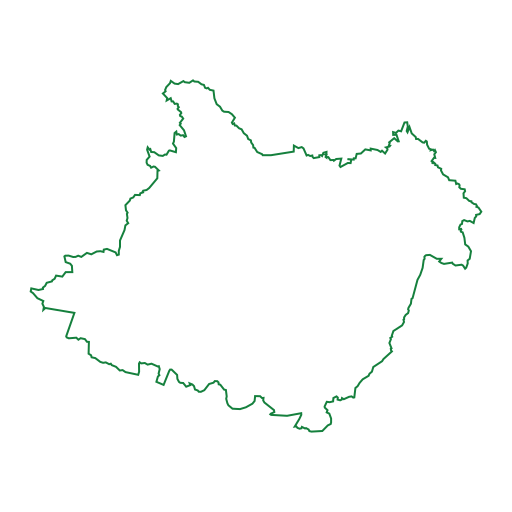 the district of Jalpa, Zacatecas, Mexico
{"feature_id": "50627088B74284506358028", "entity_name": "Jalpa", "entity_type": "district", "adm_level": 2, "iso_a3": "MEX", "parent_name": "Mexico", "parent_adm1": "Zacatecas", "projection": "albers", "projection_center": [-103.014, 21.631], "detail": "fine", "context": "isolated", "style": "outline", "palette": "green", "viewbox_px": 512, "rotation_deg": 0, "n_neighbors": 0, "source": "geoboundaries", "source_scale": "gbopen_adm2", "svg_char_len": 6055}
<svg xmlns="http://www.w3.org/2000/svg" viewBox="0 0 512 512"><path d="M478.5,207.6L476.5,206.8L477.0,206.1L476.0,204.3L474.1,204.0L471.5,202.3L471.4,201.3L469.3,201.0L466.4,198.2L463.8,197.7L463.5,193.3L465.1,191.2L464.7,189.3L460.9,188.8L459.3,187.3L459.6,185.2L459.0,184.2L457.4,183.5L456.2,184.0L455.4,180.7L449.2,180.2L448.0,177.3L443.1,174.4L441.0,170.5L441.2,168.8L438.0,167.3L437.5,165.5L435.2,165.0L435.3,163.8L433.6,162.3L433.0,163.2L432.4,162.9L432.7,162.0L431.6,161.1L434.0,157.8L435.2,157.9L434.3,154.3L435.9,152.2L434.9,150.0L434.0,151.0L433.0,149.6L430.8,150.2L431.1,149.4L429.1,148.7L427.1,144.7L426.8,141.5L425.8,140.8L424.2,142.7L422.6,142.4L418.0,138.9L416.1,139.0L415.7,137.0L411.7,133.4L409.5,127.0L407.5,132.3L406.7,131.0L407.8,126.5L407.2,122.3L404.5,122.5L401.1,131.3L398.4,130.6L396.0,132.9L393.1,132.1L393.2,134.9L396.5,134.8L398.7,141.3L397.8,141.4L394.2,138.2L389.2,142.3L389.7,143.0L388.8,145.7L390.0,145.8L389.5,146.5L386.0,147.4L387.3,148.4L387.5,149.7L385.1,153.5L382.0,150.7L380.7,151.9L377.5,150.0L370.7,148.6L370.7,150.4L365.3,149.4L360.9,153.5L356.7,153.9L355.6,158.3L353.8,158.3L353.7,159.6L347.4,159.1L351.3,159.6L350.6,163.1L347.8,163.0L340.5,167.0L339.5,165.6L341.3,158.6L336.2,159.0L333.9,160.7L333.5,160.0L330.4,160.1L328.3,157.1L326.4,157.0L326.4,157.6L325.6,157.0L326.5,154.7L325.6,154.5L326.4,154.1L326.5,151.9L323.4,152.8L322.1,156.0L321.0,155.1L319.3,155.3L319.3,157.1L313.7,158.1L312.5,156.8L312.3,155.5L310.2,156.0L308.1,154.9L306.6,155.5L303.5,148.4L301.7,147.1L298.4,148.1L293.9,145.6L293.7,151.6L271.0,155.2L262.7,155.2L262.1,154.2L257.2,152.0L254.6,147.9L253.4,147.6L253.1,145.1L251.2,142.5L250.9,140.4L248.2,139.0L247.0,135.7L243.8,133.2L241.6,129.3L239.1,128.3L236.4,125.6L234.8,125.5L234.2,123.4L232.7,124.0L231.9,122.6L234.9,117.7L231.9,114.2L228.6,112.0L224.0,111.7L222.3,110.6L220.0,106.7L216.7,104.2L214.4,98.3L213.5,90.6L209.8,89.8L208.0,87.8L206.7,88.4L205.1,87.8L203.9,84.9L201.5,84.3L198.2,81.8L194.3,81.5L193.0,80.4L189.3,82.8L184.8,82.2L183.4,81.1L178.1,84.1L174.6,83.6L170.8,80.9L170.0,83.2L166.3,87.1L165.1,90.0L165.6,91.3L162.9,93.5L167.2,98.1L166.7,100.5L170.7,98.2L171.6,101.4L173.1,101.4L174.7,103.9L176.8,103.6L177.9,104.3L177.8,105.9L178.8,107.2L177.6,108.6L177.7,109.4L181.0,112.1L181.3,113.1L179.9,114.9L180.3,116.1L181.8,116.6L183.2,118.6L179.9,122.8L180.7,123.7L179.7,125.1L184.0,130.3L186.0,136.3L184.5,137.0L183.1,135.2L180.7,135.6L178.7,134.1L176.8,134.5L176.3,131.6L174.6,133.0L173.9,141.6L173.0,143.6L176.2,148.1L175.9,152.2L169.8,150.4L168.9,150.7L166.5,154.7L165.0,154.5L162.8,155.9L158.8,155.4L154.3,152.2L151.2,152.0L150.3,149.1L149.5,149.6L147.7,147.3L147.1,149.7L149.6,156.6L146.7,159.9L146.6,162.7L147.6,164.8L150.1,165.9L151.1,167.7L153.6,166.5L155.0,166.8L158.8,170.5L157.5,170.9L157.3,178.3L149.2,188.0L146.6,190.0L143.2,190.7L142.6,191.7L143.0,192.4L140.3,193.3L139.8,195.1L135.0,194.9L133.3,197.4L130.4,198.6L129.8,200.6L125.4,205.2L126.0,210.3L127.6,212.7L126.9,213.9L127.5,218.0L126.7,220.7L128.2,223.2L125.4,225.4L124.5,230.1L120.0,240.5L120.0,246.9L118.8,250.8L118.8,254.6L117.0,255.2L115.6,252.4L107.0,248.9L103.8,249.6L103.5,251.9L100.4,251.2L96.7,251.5L91.3,254.3L86.9,252.9L81.3,256.9L78.2,255.7L75.6,256.9L73.2,257.0L68.6,255.6L65.3,255.7L64.4,256.4L65.7,262.1L70.2,263.7L71.9,265.8L72.3,272.1L65.7,272.1L62.3,276.6L56.1,275.6L54.6,278.8L52.3,280.3L51.9,281.4L46.7,282.8L45.1,285.9L42.9,287.6L43.0,289.0L38.5,290.0L31.3,288.4L30.7,291.5L33.0,293.1L37.4,298.2L43.3,301.0L42.4,303.7L43.9,306.9L43.4,309.8L45.4,308.0L74.4,312.9L66.2,336.3L66.7,337.4L68.8,338.3L76.3,337.7L78.4,339.7L80.6,338.2L84.9,339.1L87.0,341.8L88.9,341.9L88.6,353.7L91.1,355.3L91.6,357.3L95.3,358.1L100.3,361.9L103.1,362.8L105.8,362.4L109.2,364.2L110.8,363.7L111.7,365.1L116.0,366.8L119.8,370.5L122.6,370.1L125.5,372.1L138.2,374.8L139.1,371.7L139.0,363.6L139.7,362.3L141.2,363.4L144.8,363.0L147.6,364.6L151.5,363.7L157.8,366.5L158.8,366.2L159.7,369.1L158.6,373.6L159.4,375.2L157.9,376.5L156.4,381.8L163.6,384.9L169.2,371.0L170.1,369.6L171.6,369.6L177.1,374.9L177.4,378.9L179.0,381.9L180.3,382.8L183.2,383.0L186.2,386.7L190.3,385.1L189.7,383.4L192.4,384.5L194.0,386.1L195.0,389.5L197.8,390.5L198.7,391.7L200.9,391.8L204.3,390.2L209.1,384.0L213.5,382.7L214.8,381.1L217.3,381.2L218.5,382.4L218.7,384.3L220.3,384.7L224.1,389.6L225.9,390.0L226.7,396.4L226.2,398.8L227.4,403.3L228.4,405.3L232.5,408.7L240.0,409.1L245.9,407.3L252.4,403.7L254.6,401.0L255.1,396.1L260.1,396.2L262.1,398.1L263.5,397.9L263.2,400.4L264.4,402.5L274.0,410.1L274.3,412.1L270.8,413.7L270.3,414.3L271.2,414.9L287.1,415.8L301.2,413.2L301.3,414.8L299.3,419.0L294.7,426.6L296.3,426.4L297.5,427.9L299.6,428.7L301.4,428.3L301.9,426.9L305.1,428.5L306.0,428.1L308.6,429.5L309.4,431.1L311.5,431.6L322.3,431.0L327.8,425.4L330.7,424.0L331.1,422.5L331.1,418.5L329.3,413.6L326.7,412.4L327.5,410.2L324.8,407.6L324.6,406.5L326.8,401.8L329.6,402.2L333.1,401.4L333.4,398.0L336.5,396.4L337.8,397.6L337.6,399.6L340.2,400.3L341.7,399.6L342.0,398.1L343.8,399.2L349.1,396.8L351.6,396.4L353.2,397.6L354.3,397.4L355.4,388.0L357.6,386.2L359.6,382.9L362.7,379.3L368.6,375.8L369.5,373.7L371.9,371.7L373.3,367.0L382.1,361.2L383.4,359.1L391.9,351.4L391.1,350.5L390.8,348.7L391.5,348.3L389.4,343.0L390.9,339.2L390.3,338.0L392.2,336.7L391.8,335.7L393.4,331.0L402.1,325.4L404.0,322.0L403.5,319.7L404.1,319.3L404.1,317.4L405.7,314.9L408.1,313.1L408.8,310.5L408.1,309.3L408.5,307.8L410.9,303.7L411.5,298.9L412.6,298.1L417.5,279.8L420.2,274.9L422.6,267.9L423.7,260.0L424.6,258.8L424.4,256.8L425.0,256.0L426.1,255.2L429.9,254.9L436.8,258.8L441.3,258.8L439.2,261.5L441.4,263.0L444.0,263.9L452.2,262.6L452.7,263.7L455.5,265.5L461.6,264.7L463.1,265.6L465.1,268.7L466.2,267.7L467.7,263.5L467.6,260.5L469.7,258.8L471.0,251.2L468.3,246.6L465.2,244.4L464.4,237.8L462.7,232.4L460.9,231.7L460.6,230.7L461.4,229.6L461.1,228.9L459.2,229.2L459.2,227.3L460.5,224.6L462.0,223.9L462.3,221.1L464.1,220.1L467.5,221.4L469.8,220.9L473.6,223.0L474.8,217.9L476.2,216.4L476.1,214.9L479.6,214.1L481.3,211.7L478.5,207.6Z" fill="none" stroke="#15803d" stroke-width="2"/></svg>